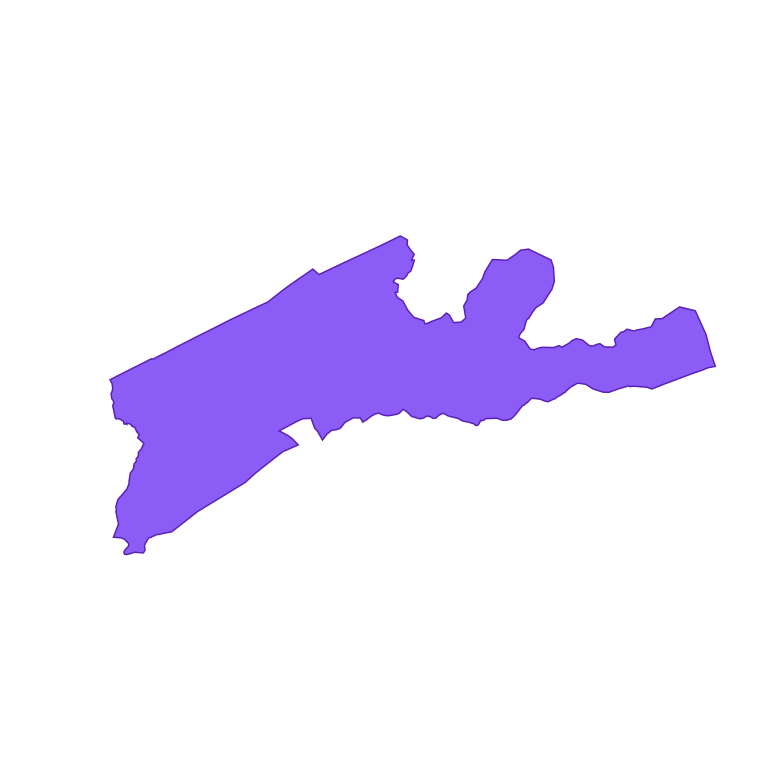 Epe, Lagos, Nigeria, rotated 333°
{"feature_id": "59680162B97817900806996", "entity_name": "Epe", "entity_type": "district", "adm_level": 2, "iso_a3": "NGA", "parent_name": "Nigeria", "parent_adm1": "Lagos", "projection": "mercator", "projection_center": [3.96, 6.53], "detail": "fine", "context": "isolated", "style": "filled", "palette": "violet", "viewbox_px": 768, "rotation_deg": 333, "n_neighbors": 0, "source": "geoboundaries", "source_scale": "gbopen_adm2", "svg_char_len": 4738}
<svg xmlns="http://www.w3.org/2000/svg" viewBox="0 0 768 768"><g transform="rotate(333 384 384)"><path d="M460.5,259.4L450.7,259.3L442.5,259.1L429.6,258.7L423.4,258.5L408.5,257.9L392.3,257.4L390.6,257.4L385.3,257.2L381.5,257.1L375.8,257.0L375.2,255.6L372.8,249.3L363.9,250.5L363.7,250.6L356.2,251.5L342.3,253.5L334.9,254.8L319.3,257.9L317.7,258.2L310.2,257.9L306.3,257.8L297.7,257.6L280.7,257.1L276.6,257.0L256.6,257.0L247.7,256.9L239.3,256.8L225.0,256.9L219.0,256.8L204.2,257.0L195.9,256.9L189.8,257.0L188.1,255.9L187.4,255.9L176.0,255.9L163.0,255.8L141.8,255.8L141.9,260.3L140.2,264.9L138.5,267.0L136.4,268.8L134.8,273.4L135.1,275.0L135.0,277.9L134.3,278.3L134.0,279.1L133.0,279.5L132.1,281.2L131.4,284.1L129.3,291.5L129.2,292.5L129.4,293.5L130.9,293.8L132.1,294.8L133.9,297.2L135.0,299.4L134.4,300.6L134.3,301.9L135.2,301.9L135.6,302.2L135.8,302.4L136.5,303.3L136.9,302.4L137.7,302.6L138.2,303.0L139.2,304.0L139.9,304.7L140.2,305.2L140.2,305.6L140.2,306.1L140.1,306.9L141.1,308.1L141.4,308.2L141.7,308.9L142.1,310.0L142.3,310.4L142.3,310.7L142.2,311.0L142.1,311.4L142.2,311.7L142.3,312.2L142.1,312.7L142.1,313.3L142.1,313.6L142.0,313.9L142.0,314.3L142.3,314.3L142.6,314.6L142.7,315.1L142.5,315.5L142.6,315.8L142.4,316.7L143.1,317.7L141.4,319.3L140.1,320.0L143.1,327.8L138.3,331.7L134.2,333.4L132.2,336.9L129.3,338.0L128.2,340.5L125.1,341.7L122.2,345.9L117.4,348.3L113.0,354.5L111.4,357.2L107.2,360.9L101.6,363.3L94.5,366.1L89.3,371.7L88.1,375.3L87.2,375.9L83.9,388.2L73.4,397.7L79.8,401.7L82.3,404.4L83.9,409.8L83.9,410.5L83.5,411.7L82.4,412.6L80.9,413.2L78.1,414.2L76.4,415.2L75.8,416.0L75.6,416.9L75.7,417.9L75.7,418.3L76.7,418.6L77.8,419.3L80.6,419.9L85.3,420.6L86.5,421.4L93.0,425.3L95.5,423.6L96.6,421.3L97.1,419.5L98.4,418.1L100.0,417.1L102.5,415.4L104.8,414.3L107.0,414.9L108.8,414.6L110.7,415.1L113.0,414.9L114.1,415.4L115.3,415.9L119.8,417.0L127.8,419.3L160.0,413.0L215.5,408.7L228.8,405.1L243.6,402.1L263.8,398.2L266.1,398.6L279.9,399.3L277.5,391.3L275.5,387.1L270.6,379.9L269.2,378.2L289.0,377.8L294.9,378.0L296.5,378.4L303.5,381.5L302.2,391.8L303.3,396.2L303.8,406.0L310.2,402.8L316.4,401.5L321.2,403.2L325.0,403.6L331.7,400.5L341.2,400.2L347.4,403.4L347.9,408.5L350.4,407.9L351.2,408.2L354.7,407.5L356.6,407.0L357.6,407.1L359.0,406.7L360.9,406.8L362.5,406.6L363.8,407.2L365.1,407.3L366.1,407.6L366.5,408.2L367.2,408.8L368.2,410.3L369.4,411.2L370.0,412.2L371.6,413.0L373.0,414.1L376.0,415.1L380.9,416.6L384.5,417.0L389.5,415.2L391.9,419.5L393.7,425.1L395.8,427.3L400.3,431.4L404.1,432.4L406.7,431.9L408.4,432.4L410.9,434.9L411.6,436.2L412.8,437.3L415.1,437.8L418.8,436.8L422.5,436.7L424.2,437.8L425.7,440.1L426.0,440.8L427.2,442.1L434.6,448.5L436.8,452.2L441.6,456.1L445.9,460.1L446.7,462.4L448.5,463.3L450.7,462.5L453.6,460.3L454.7,461.3L457.4,461.5L458.5,460.9L465.9,464.3L469.6,466.1L472.3,469.4L475.0,471.2L478.0,472.3L480.3,472.5L481.1,472.9L481.7,472.7L484.1,472.1L487.8,470.8L494.6,467.5L495.7,467.1L497.3,466.3L498.3,466.0L499.2,466.4L502.7,465.5L503.1,465.7L507.4,464.2L509.1,463.8L511.8,465.4L512.7,466.0L516.3,468.5L519.6,472.2L522.1,474.3L528.8,474.5L529.5,474.8L532.6,474.1L534.7,474.1L537.8,474.0L538.5,473.5L540.0,473.7L541.5,473.6L542.7,473.1L548.2,471.6L556.9,471.1L563.7,475.9L565.4,478.8L568.1,483.4L575.6,490.8L580.6,493.5L590.8,494.8L601.4,496.8L601.6,497.8L606.0,499.6L616.7,506.2L620.6,510.1L632.1,511.1L662.3,514.5L672.8,516.0L679.9,516.6L687.2,518.7L689.6,503.0L693.4,486.0L694.6,460.0L682.3,449.5L661.4,452.0L655.3,449.2L648.1,454.3L640.5,452.6L633.0,450.5L630.8,450.3L625.4,445.5L621.8,446.1L621.3,446.2L618.4,445.5L609.8,448.7L608.4,454.5L605.0,455.2L597.2,451.0L594.7,446.1L591.6,445.3L587.1,445.0L584.2,442.8L580.8,434.9L575.9,430.9L571.4,430.7L567.1,431.7L559.4,432.0L557.2,429.2L551.9,428.6L541.4,423.0L536.8,421.9L533.5,421.8L530.1,419.2L528.9,409.6L526.8,406.6L525.8,405.2L525.4,403.1L528.7,400.8L533.5,398.9L537.3,394.6L540.3,391.6L543.2,391.0L548.5,387.7L553.7,385.0L562.5,384.0L564.3,383.0L576.6,375.8L582.4,369.9L587.9,357.1L589.2,349.4L585.0,343.9L575.2,331.0L573.9,329.3L569.2,327.9L566.6,326.7L560.6,328.1L549.8,329.6L537.1,322.3L525.1,329.7L519.3,335.0L509.5,340.5L502.4,341.2L499.1,342.5L496.1,347.0L490.4,350.7L489.1,355.0L488.4,357.2L486.7,362.5L480.7,363.8L473.9,360.9L473.6,352.4L471.8,349.1L465.0,351.0L454.2,349.8L449.5,349.6L447.8,348.6L448.3,345.5L447.8,345.1L442.4,339.7L440.8,338.1L438.7,329.0L438.5,318.5L435.3,313.1L435.4,308.8L435.5,307.4L437.8,308.5L439.4,305.7L441.8,302.0L438.6,297.1L442.1,295.4L443.4,295.7L445.3,296.7L448.6,299.3L453.1,298.0L455.7,296.1L459.0,295.6L463.0,291.9L467.3,287.3L464.6,286.3L468.8,282.9L469.8,282.1L469.4,280.6L468.6,277.1L467.8,270.6L470.3,266.3L465.7,259.5L460.5,259.4Z" fill="#8b5cf6" stroke="#5b21b6" stroke-width="1.5"/></g></svg>